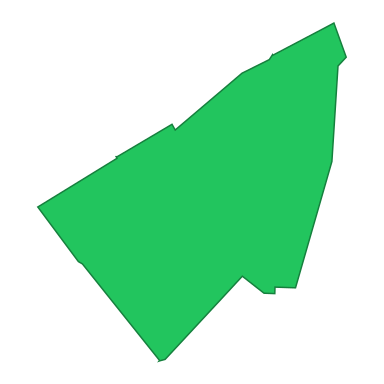 91, Al Wakrah, Qatar
{"feature_id": "91078587B94476380924667", "entity_name": "91", "entity_type": "district", "adm_level": 2, "iso_a3": "QAT", "parent_name": "Qatar", "parent_adm1": "Al Wakrah", "projection": "equal_earth", "projection_center": [51.504, 25.135], "detail": "fine", "context": "isolated", "style": "filled", "palette": "green", "viewbox_px": 384, "rotation_deg": 0, "n_neighbors": 0, "source": "geoboundaries", "source_scale": "gbopen_adm2", "svg_char_len": 468}
<svg xmlns="http://www.w3.org/2000/svg" viewBox="0 0 384 384"><path d="M224.1,295.9L242.3,276.2L264.0,293.2L274.8,293.6L275.0,287.1L295.5,287.8L331.9,161.5L338.0,66.0L346.2,57.2L333.9,23.0L331.4,24.4L272.5,55.4L272.4,54.9L269.3,59.6L242.0,73.2L215.7,95.6L175.2,130.0L172.0,124.3L117.2,156.7L116.2,156.7L117.0,158.3L37.8,207.0L78.4,261.6L82.4,263.9L159.6,360.5L159.2,361.0L159.8,360.8L165.1,359.4L224.1,295.9Z" fill="#22c55e" stroke="#15803d" stroke-width="1.5"/></svg>